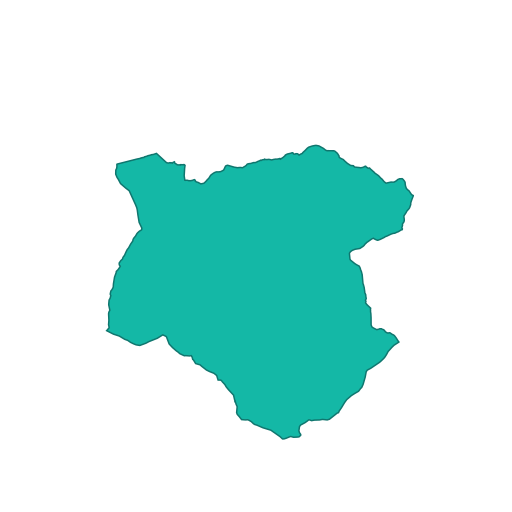 Cincu, Brasov, Romania (Natural Earth projection), rotated 130°
{"feature_id": "2599482B10737296571764", "entity_name": "Cincu", "entity_type": "district", "adm_level": 2, "iso_a3": "ROU", "parent_name": "Romania", "parent_adm1": "Brasov", "projection": "natural_earth1", "projection_center": [24.767, 45.905], "detail": "fine", "context": "isolated", "style": "filled", "palette": "teal", "viewbox_px": 512, "rotation_deg": 130, "n_neighbors": 0, "source": "geoboundaries", "source_scale": "gbopen_adm2", "svg_char_len": 6125}
<svg xmlns="http://www.w3.org/2000/svg" viewBox="0 0 512 512"><g transform="rotate(130 256 256)"><path d="M274.9,421.5L275.2,421.5L276.8,420.1L278.4,419.1L280.3,418.6L283.1,416.4L283.6,415.9L285.1,413.0L285.8,410.7L287.6,406.3L287.7,399.3L287.5,395.1L294.0,381.5L295.7,378.3L297.1,376.5L300.5,372.8L305.4,367.1L308.0,361.4L309.1,360.6L309.6,360.5L312.0,361.3L314.3,361.6L315.4,361.6L318.1,361.1L321.0,361.1L322.3,360.8L323.8,360.0L327.4,359.7L331.7,358.8L333.8,358.8L336.0,358.3L340.6,357.0L341.2,357.2L342.8,356.9L344.3,356.3L346.4,356.6L349.3,356.3L349.8,355.9L350.7,355.0L351.1,353.4L352.8,353.1L355.1,352.9L357.6,353.1L358.7,352.4L363.1,350.8L369.0,347.3L371.7,345.3L374.3,344.7L376.0,344.7L378.4,343.5L379.2,342.8L379.6,341.8L382.1,340.6L384.2,340.2L387.5,337.9L388.1,337.4L391.5,333.1L393.6,332.6L395.0,331.8L399.9,327.3L403.4,324.8L405.1,322.6L405.5,322.4L406.5,322.4L409.2,322.4L407.5,315.0L405.2,309.3L404.2,303.0L403.1,300.0L402.8,296.6L402.0,293.4L401.1,290.7L399.2,287.5L393.6,284.3L390.4,283.0L382.4,278.7L376.3,276.7L375.7,274.3L375.4,273.3L375.6,272.4L379.2,266.0L379.8,261.1L379.9,256.1L379.7,254.0L379.8,251.6L378.5,246.8L377.5,245.8L375.2,242.6L373.9,241.5L374.6,239.8L375.9,238.0L375.8,237.2L377.2,233.1L375.3,228.8L375.4,227.0L375.2,220.7L374.4,217.4L372.9,212.9L372.8,209.3L375.4,205.3L373.7,203.2L373.8,201.5L374.0,201.0L374.5,197.2L375.4,194.7L376.1,191.1L377.0,183.8L380.1,179.7L380.1,179.4L380.3,178.9L380.7,178.9L380.8,178.3L381.2,178.3L381.7,176.8L382.3,176.1L383.5,173.6L388.4,170.2L389.4,168.5L389.8,165.6L390.6,161.9L388.4,158.8L386.8,157.1L386.4,156.1L385.9,153.1L386.1,150.1L385.9,148.7L385.0,146.6L383.1,140.2L379.9,132.7L378.9,121.4L379.1,118.1L378.0,116.9L376.3,115.8L372.3,113.7L371.8,113.1L370.8,110.9L370.4,110.4L368.0,107.8L366.9,106.8L364.7,106.5L364.2,106.8L363.9,107.2L363.5,108.8L363.1,109.6L362.3,110.8L358.8,113.0L356.9,113.2L352.1,111.3L349.0,110.5L348.0,110.4L347.5,110.1L347.1,109.5L346.4,107.6L344.2,105.8L340.8,102.0L338.4,100.0L335.8,96.1L333.8,94.8L324.0,92.8L323.0,92.1L321.4,92.6L319.5,92.8L317.3,93.0L311.6,93.9L307.7,94.2L301.6,93.2L297.5,91.9L293.7,90.5L290.3,90.7L288.8,90.5L285.6,91.4L283.1,92.5L278.6,94.5L273.8,97.2L271.9,97.4L268.2,95.9L265.7,95.2L258.0,93.0L256.1,92.7L252.4,92.3L250.5,92.3L247.5,92.7L244.3,93.4L238.6,93.2L235.6,92.9L230.1,91.2L229.9,91.5L229.7,92.8L228.7,95.8L228.0,98.8L228.1,100.0L228.5,101.5L228.7,103.9L228.8,104.2L230.3,105.5L230.6,106.3L230.9,108.2L230.5,109.5L230.4,110.8L231.0,112.3L231.1,113.1L232.1,114.4L233.0,114.8L234.7,116.1L234.9,116.4L235.7,120.0L235.8,121.8L234.7,123.6L229.3,128.2L226.4,130.9L225.1,132.4L223.9,133.4L223.1,134.2L222.3,134.6L222.0,139.3L221.6,141.6L221.4,142.0L220.1,142.6L219.5,143.8L218.3,144.0L217.5,144.4L216.9,145.3L215.1,147.1L214.1,149.2L213.4,149.8L210.6,152.9L208.7,155.6L208.4,156.3L202.1,162.6L200.0,165.5L199.5,166.7L198.3,168.4L197.4,170.4L198.1,173.7L198.3,175.5L198.4,180.9L198.0,182.0L194.1,186.0L193.4,186.3L192.5,186.4L190.5,186.1L189.1,185.5L187.1,184.4L183.5,181.3L179.9,180.2L178.5,180.0L176.7,180.1L175.4,179.9L174.4,179.9L173.6,179.6L168.9,178.4L167.7,177.9L166.9,177.4L166.9,176.5L166.3,174.2L165.8,173.0L165.3,172.6L163.4,171.5L159.1,169.6L158.1,169.4L156.6,168.5L152.6,166.7L150.7,165.6L149.3,164.3L147.1,163.3L146.0,162.6L142.9,161.6L141.8,160.9L141.1,161.3L140.7,162.4L138.4,163.4L137.3,164.4L134.9,164.6L133.7,165.1L132.5,166.1L131.0,167.8L130.1,168.5L126.4,168.9L124.7,169.3L121.4,169.2L120.2,169.4L117.2,170.5L116.0,171.5L114.9,172.0L112.0,173.1L108.8,174.2L108.6,174.4L108.9,175.8L108.9,176.6L107.7,180.8L107.8,182.1L107.6,184.2L106.3,186.4L105.1,187.8L103.8,189.1L103.3,190.1L102.8,192.4L102.8,193.7L104.6,195.7L106.4,196.6L108.0,196.8L110.4,197.6L111.2,198.3L112.6,200.1L116.6,203.2L116.7,205.7L116.1,208.7L116.1,210.8L115.7,213.7L116.1,218.6L115.8,220.0L115.9,221.3L115.8,222.1L115.8,224.1L115.6,225.6L116.7,226.5L116.8,227.5L116.8,228.0L117.1,228.4L116.7,229.4L117.0,230.1L118.1,230.4L118.9,230.9L119.3,231.0L121.3,232.6L121.5,233.2L124.4,237.5L124.5,238.6L124.2,239.1L124.2,239.4L125.8,241.7L126.3,245.5L126.2,249.1L126.0,251.1L126.6,253.4L126.9,255.0L126.9,255.5L126.7,256.0L126.0,256.7L125.2,259.1L125.0,260.2L125.0,263.1L125.5,264.2L129.7,269.3L130.1,270.4L130.2,271.4L130.2,273.4L131.2,278.5L132.4,280.7L133.1,281.6L135.7,283.7L138.8,285.6L140.5,286.0L143.6,286.2L146.6,286.6L147.7,286.5L149.0,287.2L151.0,287.9L150.9,289.1L151.1,290.1L152.0,291.2L152.3,291.4L152.7,291.5L153.1,291.9L153.4,292.4L153.7,292.9L153.3,293.8L153.3,294.1L153.5,294.5L154.0,294.9L154.9,295.4L157.8,297.6L159.8,298.4L160.0,298.4L160.1,298.2L160.4,298.2L163.0,298.6L164.7,299.1L165.1,299.4L165.5,299.3L166.1,299.5L165.9,300.1L166.0,300.3L166.3,300.1L166.5,300.6L167.3,301.4L168.3,302.1L169.0,303.1L170.7,304.6L172.4,305.8L173.4,307.8L173.9,308.5L175.0,309.5L176.1,310.9L176.2,311.6L176.9,311.6L177.2,312.1L178.6,313.2L179.4,313.4L179.6,314.0L179.8,314.2L180.6,314.3L182.0,315.2L184.3,316.2L185.0,316.7L185.9,317.8L186.6,318.3L188.5,319.5L189.6,320.6L191.1,321.7L191.6,321.8L192.7,321.7L194.2,322.0L195.1,322.4L197.0,323.0L198.3,325.0L200.5,327.2L200.9,328.1L201.8,329.5L204.7,336.0L205.1,336.4L206.5,337.1L206.9,337.1L211.0,336.0L213.9,337.2L215.3,338.4L217.1,340.5L218.9,341.5L220.2,341.9L222.5,342.5L223.5,342.6L226.2,342.2L227.5,342.1L228.4,342.4L230.1,342.3L232.6,342.5L233.8,342.7L236.2,344.6L236.9,347.9L237.6,349.3L237.6,350.6L237.4,350.6L237.0,351.6L237.1,352.3L238.4,353.1L239.0,353.3L239.8,354.1L240.2,354.3L241.6,356.0L241.9,356.9L242.7,358.0L243.4,358.7L243.7,359.2L240.7,362.6L234.6,367.1L232.2,368.6L232.1,369.2L232.4,369.5L232.2,369.8L232.3,370.0L233.1,370.7L234.3,372.2L234.8,372.3L234.8,372.8L235.5,373.2L236.8,375.0L236.7,375.8L236.9,376.6L237.0,378.1L236.8,378.5L236.3,378.9L236.3,379.1L236.8,379.2L237.1,379.5L237.5,379.7L238.7,379.8L239.0,380.9L239.7,381.4L239.7,381.8L240.0,382.1L240.9,382.6L241.8,384.0L242.0,384.8L241.4,398.2L244.2,399.9L245.7,401.3L246.4,401.5L246.7,401.9L247.3,402.2L248.5,403.2L249.6,403.7L251.8,405.2L252.6,405.2L253.3,406.0L254.3,406.5L254.6,407.1L255.3,407.2L258.5,409.7L274.9,421.5Z" fill="#14b8a6" stroke="#0f766e" stroke-width="1.5"/></g></svg>